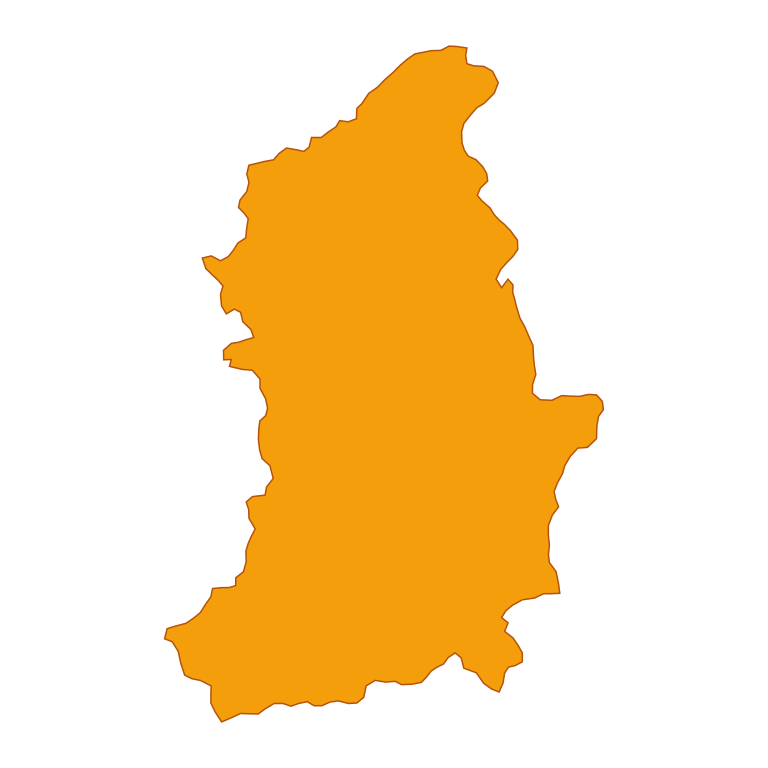 Leandro Ferreira, Minas Gerais, Brazil (Albers equal-area conic projection)
{"feature_id": "56859067B40607892676374", "entity_name": "Leandro Ferreira", "entity_type": "district", "adm_level": 2, "iso_a3": "BRA", "parent_name": "Brazil", "parent_adm1": "Minas Gerais", "projection": "albers", "projection_center": [-45.043, -19.668], "detail": "fine", "context": "isolated", "style": "filled", "palette": "amber", "viewbox_px": 768, "rotation_deg": 0, "n_neighbors": 0, "source": "geoboundaries", "source_scale": "gbopen_adm2", "svg_char_len": 3087}
<svg xmlns="http://www.w3.org/2000/svg" viewBox="0 0 768 768"><path d="M221.6,721.9L229.4,718.6L240.5,713.5L249.9,713.8L258.2,714.0L265.0,708.9L274.1,703.5L283.1,703.5L291.0,706.2L298.6,703.5L307.2,701.7L314.1,705.7L321.9,705.7L330.2,702.0L338.3,700.9L348.5,703.5L356.9,703.0L363.7,697.4L366.2,685.8L375.2,680.4L385.8,682.1L395.1,681.3L401.5,684.6L411.4,684.3L421.4,682.4L426.9,676.6L431.0,671.2L436.6,667.4L443.5,664.0L448.1,657.6L455.2,652.9L461.2,657.9L463.8,668.2L476.4,672.8L483.6,683.2L491.5,689.0L499.1,692.0L503.0,683.2L504.6,673.1L508.5,667.1L515.4,665.5L522.3,661.8L522.3,652.9L518.0,645.2L512.9,637.8L504.6,631.4L508.1,622.9L501.6,617.5L506.0,610.6L512.5,605.2L522.4,599.8L534.6,598.0L543.6,593.7L550.5,593.7L559.8,593.3L558.4,582.9L556.0,571.4L549.4,562.6L548.4,554.7L549.4,545.1L548.3,534.6L548.4,525.5L552.4,515.0L558.6,506.9L555.6,498.9L554.1,491.5L557.5,482.8L562.4,473.9L564.7,465.8L570.2,456.4L577.8,448.1L587.5,447.4L596.5,438.6L596.9,425.6L598.6,416.3L603.4,409.6L602.3,401.3L596.5,394.9L588.6,394.4L579.5,396.4L570.0,396.1L561.7,395.6L552.0,400.3L540.2,399.8L532.4,393.2L532.6,384.4L535.8,374.5L534.3,365.2L533.6,357.9L532.9,345.3L528.5,335.6L524.8,326.9L519.9,318.0L516.5,306.9L514.9,300.0L512.7,292.4L513.0,285.0L508.0,279.2L501.7,287.7L496.1,279.2L500.8,269.3L507.0,262.4L513.0,256.3L517.8,249.3L517.4,240.1L510.2,230.4L504.4,224.4L499.2,220.1L494.2,214.7L490.2,208.1L482.0,200.9L477.3,195.3L480.5,187.9L487.7,181.0L486.7,173.7L482.8,166.8L476.1,159.8L468.2,156.1L464.3,150.2L462.0,142.9L461.6,131.8L463.9,123.4L470.8,114.6L477.0,107.6L484.0,103.4L489.5,98.0L494.3,93.1L498.3,82.7L492.5,71.2L483.8,66.4L473.6,65.8L466.9,63.7L465.7,55.1L466.9,48.0L456.7,46.5L449.1,46.1L440.8,50.4L430.9,50.7L422.7,52.4L415.0,53.9L407.8,58.8L400.6,64.9L392.5,73.0L384.9,79.6L377.5,87.2L368.7,93.4L361.8,103.7L356.9,108.3L356.4,118.8L348.1,121.8L339.7,120.6L335.9,126.9L328.5,131.8L321.3,137.5L311.6,137.5L309.1,147.1L303.9,151.4L297.1,149.9L286.5,148.0L279.1,153.4L273.6,159.8L264.8,161.4L256.6,163.4L248.9,165.2L246.8,174.0L249.0,182.4L246.8,191.4L240.0,200.1L238.5,207.5L243.8,212.8L248.2,218.6L246.5,229.7L245.8,237.8L237.8,243.1L233.8,249.7L228.3,256.6L220.5,260.8L211.3,255.9L202.3,258.1L205.9,268.6L212.4,275.0L217.9,280.0L223.0,286.1L220.5,294.3L221.5,305.7L226.3,313.9L234.3,309.1L240.6,312.3L242.9,321.8L250.9,329.5L253.7,337.5L245.4,339.9L238.8,342.2L231.3,343.4L223.5,350.3L223.7,359.8L231.3,359.5L229.5,366.4L242.2,369.4L252.3,370.2L260.0,379.0L260.0,388.3L265.6,398.7L267.6,408.2L265.7,415.6L259.8,421.0L258.8,429.0L258.4,439.4L259.6,449.8L262.1,458.6L270.0,465.8L273.2,478.5L266.5,487.0L265.1,495.1L252.4,496.6L246.2,502.0L248.7,509.6L249.0,518.4L255.2,528.9L251.6,535.8L248.3,543.1L245.9,551.0L246.2,561.8L243.4,571.8L235.8,577.7L235.7,585.6L228.9,587.6L222.0,587.6L212.6,588.5L210.9,596.8L205.4,604.5L200.3,612.6L193.9,617.9L186.0,623.3L174.7,626.3L167.1,628.7L164.6,638.8L172.2,641.7L178.2,651.3L180.9,663.7L184.7,675.1L191.8,678.7L200.6,680.5L211.2,685.9L210.9,693.9L210.9,703.1L215.2,712.0L221.6,721.9Z" fill="#f59e0b" stroke="#b45309" stroke-width="1.5"/></svg>